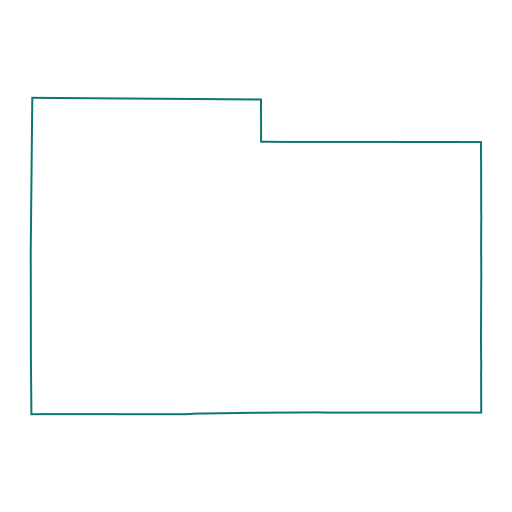 Laramie, Wyoming, United States of America
{"feature_id": "52423323B58782875527199", "entity_name": "Laramie", "entity_type": "district", "adm_level": 2, "iso_a3": "USA", "parent_name": "United States of America", "parent_adm1": "Wyoming", "projection": "equal_earth", "projection_center": [-104.384, 41.327], "detail": "fine", "context": "isolated", "style": "outline", "palette": "teal", "viewbox_px": 512, "rotation_deg": 0, "n_neighbors": 0, "source": "geoboundaries", "source_scale": "gbopen_adm2", "svg_char_len": 728}
<svg xmlns="http://www.w3.org/2000/svg" viewBox="0 0 512 512"><path d="M32.3,97.8L30.7,254.0L30.8,278.3L30.9,357.2L31.4,414.2L38.9,414.2L39.5,414.1L154.0,414.2L186.4,414.2L195.8,413.6L216.6,413.3L252.3,412.8L280.4,412.6L318.0,412.4L328.9,412.6L421.8,412.5L422.0,412.5L423.0,412.5L455.3,412.5L462.3,412.5L469.1,412.5L476.2,412.6L481.2,412.6L481.2,405.2L481.2,404.6L481.1,370.1L481.2,369.8L481.2,362.7L481.1,358.2L481.0,337.6L481.2,280.8L481.2,279.5L481.3,279.4L481.2,261.1L481.2,258.8L481.3,258.8L481.1,254.2L481.2,224.1L481.3,217.2L481.2,212.3L481.1,165.3L481.1,162.2L481.0,154.1L481.0,153.1L481.0,147.6L481.0,142.1L452.2,142.0L283.3,141.9L261.1,141.7L261.0,99.5L32.3,97.8Z" fill="none" stroke="#0f766e" stroke-width="2"/></svg>